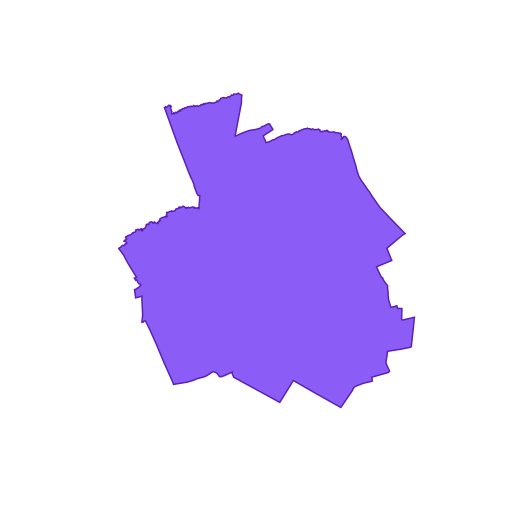 Salcuta, Dolj, Romania, rotated 322°
{"feature_id": "2599482B15452275926082", "entity_name": "Salcuta", "entity_type": "district", "adm_level": 2, "iso_a3": "ROU", "parent_name": "Romania", "parent_adm1": "Dolj", "projection": "natural_earth1", "projection_center": [23.464, 44.234], "detail": "fine", "context": "isolated", "style": "filled", "palette": "violet", "viewbox_px": 512, "rotation_deg": 322, "n_neighbors": 0, "source": "geoboundaries", "source_scale": "gbopen_adm2", "svg_char_len": 6015}
<svg xmlns="http://www.w3.org/2000/svg" viewBox="0 0 512 512"><g transform="rotate(322 256 256)"><path d="M248.7,421.5L252.1,419.9L254.4,420.0L262.3,422.4L269.8,425.9L270.7,426.1L272.7,422.8L288.2,429.1L289.2,429.3L290.4,428.9L292.0,422.0L292.6,420.3L293.7,419.0L296.7,416.3L301.0,412.1L313.1,418.8L321.7,423.1L322.4,423.0L322.8,422.8L340.0,405.1L341.4,403.4L343.1,401.8L332.0,396.7L331.9,395.4L338.7,387.2L335.2,384.4L336.4,381.9L332.7,380.5L330.7,379.4L333.5,372.2L335.7,368.6L337.8,365.8L340.0,362.2L341.5,360.2L341.4,357.2L341.6,353.6L342.3,351.2L341.8,349.4L344.3,338.7L360.2,343.1L363.9,330.5L384.4,329.7L387.3,330.2L385.2,310.9L383.6,294.3L383.7,291.2L384.3,280.3L384.9,274.9L384.8,272.2L385.2,268.3L385.5,261.0L386.1,256.6L388.9,248.9L390.0,247.0L392.7,239.7L395.9,231.9L397.6,226.9L399.8,221.1L400.1,219.3L400.1,217.4L399.1,215.9L398.6,215.9L395.8,216.8L394.4,216.7L396.1,216.1L396.6,215.8L397.2,213.3L397.6,212.8L398.0,212.8L398.4,212.3L398.2,212.0L398.2,211.4L398.1,211.0L396.7,210.2L396.6,209.6L396.3,209.3L394.3,207.8L394.3,206.6L392.8,205.5L391.6,204.9L389.9,203.2L389.7,202.0L389.3,202.0L388.6,201.1L389.4,200.8L389.3,200.6L387.5,200.3L387.3,199.7L385.7,199.1L385.0,199.1L384.9,198.4L383.6,198.0L383.4,196.9L384.0,195.7L383.5,195.1L383.3,194.4L383.0,194.2L382.5,194.4L380.7,193.0L379.8,192.7L379.0,190.8L378.7,190.6L377.6,190.5L377.1,190.3L377.0,190.0L377.2,189.4L376.6,188.7L375.5,187.9L375.2,186.8L374.2,186.8L372.2,185.4L370.9,185.2L369.6,184.7L368.5,184.6L367.3,183.9L366.2,184.2L365.6,184.2L364.8,183.7L364.3,183.0L363.0,183.0L362.4,182.5L361.0,182.8L359.4,182.7L358.6,182.2L357.3,180.4L356.6,179.7L354.0,178.5L353.0,178.5L350.1,177.0L345.1,175.8L342.2,175.7L340.4,174.7L338.4,174.5L336.1,173.8L333.7,172.8L334.5,170.5L335.2,167.0L335.7,165.8L347.1,166.8L347.3,166.2L348.0,160.5L347.9,160.1L347.6,159.7L345.5,159.0L342.0,158.5L340.4,157.7L338.8,157.9L337.8,157.8L333.5,156.0L327.9,152.9L321.8,150.9L317.4,149.7L314.4,149.2L313.5,148.5L338.3,126.8L338.9,126.3L342.1,122.2L343.8,120.9L343.9,120.6L343.2,119.0L342.5,117.8L342.4,116.9L341.1,116.5L340.4,116.7L338.1,114.6L336.9,115.2L336.1,114.8L335.9,114.1L332.9,114.5L332.5,113.6L331.4,113.3L330.5,113.4L328.6,112.2L328.1,111.2L325.3,110.1L324.4,110.6L322.9,110.5L322.3,110.9L321.6,111.0L321.2,110.8L321.0,110.1L320.5,109.8L320.1,110.2L319.5,110.4L318.1,109.7L317.4,109.8L316.6,109.3L316.2,108.7L315.6,108.5L315.1,108.3L314.8,107.5L314.1,106.7L311.9,105.7L311.3,105.6L310.1,104.6L309.9,104.5L309.4,104.9L308.9,104.7L308.6,104.0L308.3,103.6L307.5,104.2L307.2,104.2L306.1,102.9L304.7,103.0L304.3,103.3L303.8,102.8L303.2,102.8L302.7,102.4L302.6,102.1L301.9,101.3L300.7,100.7L300.0,100.6L300.1,100.1L299.8,99.9L299.6,99.1L299.0,99.3L298.1,99.0L297.8,98.7L297.3,98.6L297.2,98.2L296.6,98.2L296.2,97.4L295.5,97.5L294.1,96.3L292.8,96.5L292.4,95.9L292.0,95.9L291.6,96.0L290.9,95.3L290.1,95.6L289.7,95.4L289.3,94.8L288.3,94.9L287.4,94.4L286.8,94.6L286.7,94.9L286.2,95.2L285.7,94.2L285.4,94.0L285.0,94.1L284.7,94.8L283.8,94.4L283.4,94.0L281.7,94.7L281.4,93.4L281.2,93.3L280.7,93.3L279.4,93.8L279.2,93.3L279.4,92.8L279.3,92.5L278.3,92.8L277.7,92.7L277.2,92.4L277.1,92.1L278.0,90.9L278.8,90.1L278.7,89.2L279.5,87.8L279.8,86.7L280.0,86.5L280.9,86.2L281.3,85.8L281.2,85.4L280.8,85.1L281.1,84.6L280.0,83.5L277.7,83.8L277.0,83.7L276.7,83.3L276.6,82.7L275.4,83.0L275.2,82.8L263.7,117.8L257.0,140.5L255.4,145.5L252.9,154.4L252.7,155.9L251.2,161.4L250.4,162.7L250.1,163.4L247.9,170.4L247.6,172.6L248.9,173.8L240.2,183.5L239.9,183.1L240.4,182.6L240.3,182.4L238.8,181.7L238.5,181.4L237.5,180.9L237.4,180.6L237.7,180.2L237.4,179.8L236.8,180.0L236.6,179.8L236.7,179.0L236.0,178.1L234.3,177.7L233.4,177.1L233.1,176.9L232.9,176.1L232.2,176.2L231.5,175.5L230.8,175.6L230.4,175.5L230.4,175.2L230.6,174.5L229.8,173.9L229.8,173.1L229.4,172.0L228.5,171.6L227.5,172.0L226.3,171.6L226.0,171.3L226.3,170.8L226.3,170.5L225.2,170.1L224.7,170.6L224.2,170.8L223.8,170.4L223.1,170.3L222.1,169.7L221.6,169.8L220.4,170.4L219.0,170.3L218.1,169.6L217.2,168.4L216.7,168.7L216.5,168.3L216.0,168.0L215.2,167.7L214.0,167.6L212.6,166.8L212.2,166.8L212.1,167.6L211.5,168.1L211.2,168.6L210.4,168.6L210.3,169.8L210.2,170.1L209.5,170.1L209.0,169.3L207.9,168.8L207.4,168.8L206.2,168.1L203.6,167.6L202.8,167.8L202.2,168.3L202.1,169.2L201.7,169.2L200.9,168.8L200.7,168.9L200.6,169.2L199.4,168.9L199.1,169.7L198.6,169.9L198.1,169.4L197.8,168.8L197.3,168.2L196.8,167.8L197.0,166.7L196.8,166.5L196.5,166.5L195.8,167.0L195.4,167.0L195.1,166.8L195.1,165.5L194.8,164.8L194.2,164.4L192.9,164.0L192.4,164.0L191.0,165.1L190.7,164.9L190.0,163.9L188.6,163.8L188.4,164.0L188.4,164.5L188.1,164.8L186.6,165.2L185.6,165.7L185.0,165.7L183.8,165.3L182.6,166.1L182.3,166.1L181.3,165.9L181.3,165.7L182.3,165.0L182.7,164.0L182.5,163.8L181.2,163.8L179.8,163.5L179.7,163.3L179.9,162.8L179.8,162.6L179.0,162.0L178.3,161.9L177.1,161.5L176.8,162.3L176.4,162.6L175.4,162.7L173.3,161.8L172.2,161.9L171.8,162.2L170.3,162.1L168.9,161.5L167.1,161.0L165.3,160.8L164.8,160.9L164.5,161.1L164.6,162.8L164.4,163.1L163.4,163.1L162.7,162.8L161.4,162.8L161.1,163.0L161.2,163.5L162.2,164.3L162.4,164.7L162.2,165.4L162.2,166.1L161.7,166.5L161.3,166.4L160.9,166.0L160.3,165.9L159.3,166.7L158.7,166.6L158.3,166.5L157.8,165.7L157.2,165.4L156.2,165.4L155.0,165.8L153.1,165.4L152.4,165.6L152.3,173.2L150.5,183.7L148.7,199.3L146.5,198.5L146.3,201.2L147.2,201.3L146.5,205.6L146.6,205.9L147.7,207.0L147.5,207.9L147.0,208.2L145.7,208.2L145.1,208.4L144.0,208.5L142.7,208.2L140.8,208.3L140.2,207.8L139.6,207.7L135.4,214.9L141.5,217.5L139.9,219.2L130.8,232.1L129.8,233.3L125.3,237.9L125.7,238.5L126.4,238.6L127.5,238.4L128.6,238.8L128.8,239.0L128.5,241.3L126.8,249.4L123.2,263.9L117.8,283.7L112.5,305.1L111.9,306.4L124.4,313.2L129.7,315.2L132.0,316.0L133.2,316.1L140.5,319.2L143.4,320.0L150.6,320.6L151.6,321.3L152.8,323.6L153.0,324.3L153.1,325.2L152.9,328.3L153.8,329.5L157.3,330.8L165.7,332.8L165.3,333.0L164.9,333.9L163.8,337.8L184.6,386.0L208.8,377.1L219.0,402.3L229.6,427.6L248.7,421.5Z" fill="#8b5cf6" stroke="#5b21b6" stroke-width="1.5"/></g></svg>